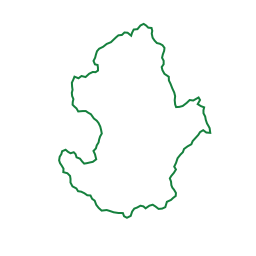 outline of Tabuleiro, Minas Gerais, Brazil, rotated 244°
{"feature_id": "56859067B43776392913004", "entity_name": "Tabuleiro", "entity_type": "district", "adm_level": 2, "iso_a3": "BRA", "parent_name": "Brazil", "parent_adm1": "Minas Gerais", "projection": "orthographic", "projection_center": [-43.254, -21.359], "detail": "fine", "context": "isolated", "style": "outline", "palette": "green", "viewbox_px": 256, "rotation_deg": 244, "n_neighbors": 0, "source": "geoboundaries", "source_scale": "gbopen_adm2", "svg_char_len": 2338}
<svg xmlns="http://www.w3.org/2000/svg" viewBox="0 0 256 256"><g transform="rotate(244 128 128)"><path d="M40.5,126.8L44.6,130.6L44.5,135.1L45.4,138.0L46.0,141.1L48.6,142.6L52.4,142.3L55.0,141.7L57.6,141.9L61.0,143.2L64.4,143.5L65.9,145.8L67.6,149.6L69.7,152.9L73.0,152.6L75.6,155.9L79.1,159.3L81.1,163.5L82.2,166.7L84.6,169.2L85.4,173.6L85.6,177.8L87.9,180.4L89.6,184.7L91.0,188.2L92.7,190.9L93.1,194.6L89.6,196.4L87.6,199.8L92.1,201.3L94.9,201.2L97.5,201.0L101.3,201.5L104.5,202.4L108.1,202.3L110.9,203.6L113.2,205.5L115.6,203.2L118.9,201.1L121.6,205.0L124.5,204.8L124.3,201.7L124.1,198.7L126.1,195.7L124.8,191.7L123.8,186.8L124.5,183.3L125.7,180.4L128.5,180.7L132.6,182.2L135.9,184.3L139.6,185.1L144.3,185.2L149.2,185.6L152.8,185.6L156.2,187.1L160.7,184.5L164.9,184.3L168.0,185.0L169.7,188.0L172.8,189.5L176.2,189.4L178.8,191.5L181.5,194.3L184.0,195.9L187.3,195.3L189.8,193.5L191.7,191.2L194.9,190.2L198.4,189.7L202.4,190.7L204.7,192.4L207.6,193.0L209.3,190.2L212.2,189.2L214.7,187.7L214.7,184.2L212.7,179.8L214.0,176.3L211.8,173.4L209.6,171.3L213.8,169.4L215.4,166.7L214.3,163.3L215.5,160.0L214.8,157.2L213.9,154.3L212.6,150.3L212.9,145.7L211.9,141.3L211.9,136.8L210.6,133.8L208.1,131.4L205.6,129.3L203.4,126.4L199.7,126.2L198.0,128.3L195.3,127.4L192.8,126.2L192.4,123.3L193.8,120.9L193.8,116.9L192.4,112.2L195.1,109.0L194.4,105.3L197.6,102.4L195.5,100.1L193.3,97.4L189.7,95.9L186.6,94.9L184.2,92.9L181.2,91.8L177.9,91.6L175.7,89.8L173.2,88.4L170.8,89.2L168.2,90.3L164.7,90.5L163.0,94.9L161.7,97.5L159.4,98.8L156.6,100.7L151.5,101.5L148.3,103.1L145.5,103.7L141.5,103.7L137.8,102.9L134.5,102.0L132.6,99.2L130.3,97.0L127.9,95.2L126.1,92.3L123.7,90.2L122.5,86.9L118.8,86.8L113.8,85.7L113.0,81.5L113.7,78.8L114.4,75.7L115.2,73.0L118.0,72.1L121.5,71.4L124.2,68.9L127.5,69.4L130.0,68.6L130.5,65.3L132.8,63.7L135.8,62.4L136.0,58.6L133.7,56.6L132.1,54.0L129.1,51.9L126.2,51.5L123.3,51.9L119.7,52.2L116.7,50.5L113.9,53.7L110.3,54.9L107.4,54.0L104.2,52.4L99.9,52.5L96.3,55.1L93.1,55.4L91.3,58.0L88.5,60.2L85.4,61.9L83.8,64.7L80.1,64.7L77.3,66.2L72.8,65.8L69.0,66.6L65.3,68.1L63.6,72.9L61.1,75.6L58.5,78.2L55.9,82.0L53.8,86.1L50.4,85.8L47.8,87.7L47.8,91.9L51.1,95.1L52.8,98.3L52.5,101.3L52.7,105.1L50.8,107.5L48.1,108.6L48.8,113.2L48.2,116.6L45.4,118.3L41.9,120.0L40.6,123.3L40.5,126.8Z" fill="none" stroke="#15803d" stroke-width="2"/></g></svg>